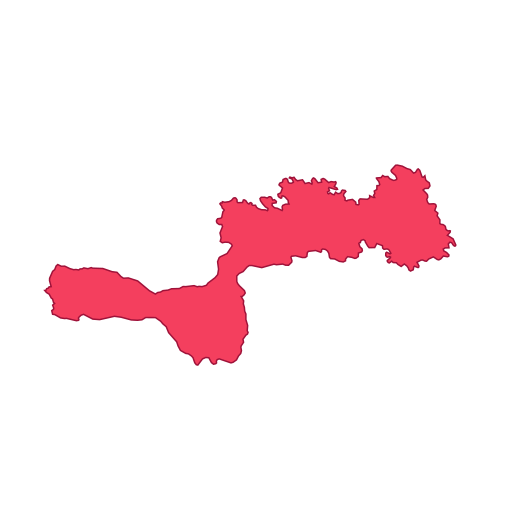 outline of La Llanada, Nariño, Colombia, rotated 125°
{"feature_id": "7082276B57596135767585", "entity_name": "La Llanada", "entity_type": "district", "adm_level": 2, "iso_a3": "COL", "parent_name": "Colombia", "parent_adm1": "Nariño", "projection": "equal_earth", "projection_center": [-77.729, 1.548], "detail": "fine", "context": "isolated", "style": "filled", "palette": "rose", "viewbox_px": 512, "rotation_deg": 125, "n_neighbors": 0, "source": "geoboundaries", "source_scale": "gbopen_adm2", "svg_char_len": 6150}
<svg xmlns="http://www.w3.org/2000/svg" viewBox="0 0 512 512"><g transform="rotate(125 256 256)"><path d="M420.4,389.2L419.4,387.2L418.8,380.6L417.0,376.9L415.8,375.5L412.0,366.0L410.4,364.4L409.5,364.7L408.7,365.9L407.4,365.9L404.8,365.3L402.7,363.8L401.3,353.5L397.8,347.6L386.6,337.4L383.5,331.4L379.9,321.5L376.6,316.2L373.6,312.8L369.7,311.1L364.1,303.0L364.1,296.7L365.0,293.4L365.4,289.0L368.9,283.6L371.8,271.7L374.4,268.2L376.7,263.7L376.1,257.7L374.9,255.2L374.9,251.6L375.4,249.3L378.6,244.9L379.3,242.5L378.7,241.1L371.0,240.8L368.0,239.0L366.4,236.3L368.9,231.3L369.0,228.7L367.3,227.2L366.2,227.0L365.0,228.1L363.2,228.4L361.4,227.2L357.9,215.2L356.2,213.8L352.3,212.4L347.9,213.0L344.6,212.6L341.9,213.6L339.4,216.1L338.0,216.6L333.8,216.7L331.7,218.9L326.7,218.9L324.9,218.2L323.1,218.7L322.3,220.3L317.7,223.0L313.9,227.8L309.3,231.0L307.7,233.6L304.7,236.1L302.5,238.9L299.8,240.4L297.7,244.9L297.1,244.1L294.8,243.5L292.5,243.6L291.0,245.6L289.9,252.6L289.1,255.2L287.9,257.1L283.4,260.3L280.0,259.8L276.1,257.6L270.2,257.0L267.7,256.1L266.1,253.8L262.2,244.6L252.4,236.6L251.4,234.2L247.3,229.5L246.6,226.6L244.9,224.0L240.6,223.2L239.3,223.8L237.0,226.7L235.8,226.7L233.1,223.7L230.7,217.2L229.1,214.9L227.2,214.1L223.8,215.9L222.1,215.7L217.3,210.3L215.8,205.1L214.8,204.9L213.2,205.9L212.0,205.4L210.8,202.9L210.9,200.3L212.1,197.8L214.9,195.1L215.4,193.4L213.3,189.9L212.6,184.7L210.8,181.1L208.6,179.9L207.1,180.9L204.0,180.6L202.1,176.7L201.3,173.7L200.4,172.8L197.8,171.9L194.8,173.8L192.1,171.8L190.7,171.9L189.3,173.2L188.8,176.3L186.7,179.0L185.8,178.9L185.2,178.2L183.1,178.9L181.0,177.5L180.9,175.4L181.8,174.5L183.8,170.1L184.3,168.1L181.0,163.6L176.5,164.2L175.0,158.4L176.9,156.7L177.1,155.0L175.1,152.8L174.7,151.6L174.8,150.4L176.4,147.1L177.4,147.5L177.9,151.1L179.1,151.4L181.1,150.1L181.8,148.7L181.5,147.5L179.9,146.2L179.7,145.2L180.3,144.9L184.4,145.9L185.2,145.2L185.5,143.8L185.2,142.8L182.4,141.9L182.7,139.9L181.0,137.1L181.5,135.0L181.3,131.1L177.5,129.9L177.6,126.8L178.4,124.5L179.7,122.7L179.7,120.8L177.1,119.3L174.6,120.5L173.5,120.4L172.6,116.8L172.1,116.3L170.7,116.8L168.8,120.5L164.8,118.5L163.7,117.2L163.2,114.6L162.4,113.3L159.4,112.8L155.0,110.2L154.9,105.5L154.3,104.0L152.4,103.0L148.6,102.5L146.8,98.7L145.7,98.0L144.5,98.5L143.8,101.9L144.1,105.1L142.9,106.6L140.9,105.7L138.6,102.6L135.8,105.4L133.5,105.1L132.9,103.3L133.9,100.8L134.1,99.2L133.4,98.4L132.4,98.6L128.9,104.4L129.3,111.1L125.2,110.6L124.0,111.2L124.1,111.8L125.2,112.9L125.4,114.5L125.2,115.7L123.3,117.7L122.9,118.8L123.0,120.9L123.9,122.5L124.0,124.0L120.9,126.1L119.2,130.7L116.6,131.6L116.2,135.7L111.9,136.9L110.9,138.1L110.8,139.1L111.3,140.4L114.1,144.0L113.7,146.0L111.8,148.6L109.4,149.0L107.7,150.4L107.1,151.8L106.1,157.0L103.9,156.4L101.8,153.7L98.8,153.7L96.7,156.0L96.6,159.4L96.2,160.8L93.4,163.7L95.6,164.1L96.0,165.3L91.9,171.0L91.6,173.1L92.5,173.5L96.0,173.3L97.7,174.5L96.7,179.2L97.8,182.4L98.5,187.7L100.5,192.4L101.6,193.7L107.9,194.5L108.8,194.2L109.5,192.7L110.0,187.9L111.5,185.4L112.6,184.7L114.2,185.6L115.3,186.9L116.0,190.9L115.2,193.6L117.2,196.1L117.4,198.4L120.0,198.5L123.0,202.1L123.4,201.8L124.6,198.0L126.5,195.6L127.7,195.7L129.0,197.3L132.2,195.2L135.0,196.4L136.7,194.5L138.9,194.5L140.0,192.4L140.8,193.6L141.4,197.5L142.9,196.3L145.6,197.2L149.5,203.5L151.5,203.7L154.4,201.3L155.5,201.6L156.4,203.7L154.7,205.2L154.3,209.4L157.6,212.8L158.8,213.2L159.3,215.0L157.3,216.4L156.8,218.2L156.1,219.1L154.6,219.7L151.6,219.4L151.2,220.6L152.4,223.0L153.7,223.3L155.2,222.7L156.9,223.5L158.0,224.8L158.1,227.4L161.0,227.1L161.6,228.6L161.7,231.6L163.4,232.1L163.6,233.0L162.5,234.2L160.4,233.2L159.0,235.3L158.0,235.5L155.7,228.4L154.6,227.5L153.9,228.7L154.2,231.7L151.0,232.0L149.7,232.7L149.5,233.5L150.6,234.4L152.0,237.2L154.2,238.6L153.6,243.8L154.0,245.5L155.9,246.6L157.9,244.6L160.4,247.2L158.9,252.1L159.0,253.6L160.0,254.1L162.6,253.8L163.9,251.9L165.1,251.5L165.5,254.7L168.5,257.4L166.9,261.6L170.6,265.2L170.6,267.4L169.7,270.0L171.3,271.3L171.9,273.5L172.9,273.5L172.3,270.7L173.9,267.7L174.3,267.7L176.2,268.8L177.2,270.6L176.9,272.0L175.2,274.2L175.1,275.5L175.6,276.4L177.8,277.7L180.3,276.7L182.7,278.3L184.3,278.1L184.7,277.7L185.1,273.3L190.0,272.0L192.9,273.5L194.2,272.2L194.6,270.7L194.4,268.7L193.7,268.3L191.8,269.1L191.2,268.2L191.0,266.1L192.0,261.6L193.7,260.2L194.5,258.8L196.7,261.6L199.2,263.1L200.8,262.8L202.9,260.8L203.8,260.7L204.6,265.8L205.9,268.5L205.4,271.8L203.6,272.9L200.9,270.0L199.6,270.6L199.3,273.2L200.6,274.4L199.1,277.0L199.3,278.3L199.9,279.2L202.1,280.1L202.9,282.6L204.9,285.4L206.7,285.7L208.1,284.1L209.4,280.7L210.4,276.5L210.2,273.5L211.7,272.6L212.4,272.7L212.8,274.7L214.9,278.0L215.9,281.4L215.8,283.5L214.7,285.5L216.4,287.8L216.3,289.0L215.3,289.4L215.2,290.9L216.0,291.5L217.3,291.5L217.6,292.1L217.4,293.8L216.5,296.2L216.8,298.0L217.4,298.5L219.9,297.7L222.7,301.4L222.5,302.6L220.9,303.7L220.2,305.5L220.3,306.6L221.5,307.7L224.5,308.0L226.9,309.2L229.9,312.4L230.8,314.7L232.0,314.2L232.9,315.5L234.0,315.5L234.8,312.8L236.1,311.1L236.4,308.7L236.9,308.3L238.7,308.5L244.1,306.2L245.4,306.6L247.5,308.8L249.4,308.8L250.6,308.0L251.3,306.7L251.3,304.2L249.8,302.1L251.1,300.3L257.8,298.7L261.1,295.0L264.5,293.7L264.5,291.2L262.4,289.3L260.5,286.2L260.4,282.9L261.3,281.3L270.6,281.1L277.3,284.9L278.6,285.2L282.7,284.2L288.3,279.1L293.2,276.7L297.3,277.1L305.7,279.8L308.4,279.8L312.0,282.6L313.5,285.2L314.9,286.5L315.8,289.7L321.4,296.0L322.8,298.2L326.6,300.1L331.3,306.4L334.4,308.5L337.7,312.3L340.4,313.6L342.3,315.6L344.9,316.6L345.6,323.5L344.3,338.6L347.2,348.0L350.2,351.8L350.3,354.8L349.1,360.5L351.4,364.9L354.1,374.3L359.7,382.9L360.0,384.3L362.8,386.4L364.5,390.2L366.3,391.1L367.5,392.7L369.1,393.2L370.3,395.7L371.8,397.5L373.1,401.3L374.0,406.8L376.1,409.7L376.7,413.5L378.8,414.0L382.6,413.1L385.2,413.8L392.6,412.3L394.6,411.0L398.6,406.2L400.0,407.8L401.4,407.7L402.8,408.7L404.7,408.5L405.4,409.3L406.1,406.7L405.9,403.5L407.9,399.6L407.9,398.0L410.2,395.2L410.3,393.8L412.9,394.4L414.7,391.8L415.8,391.3L417.9,392.0L420.4,389.2Z" fill="#f43f5e" stroke="#9f1239" stroke-width="1.5"/></g></svg>